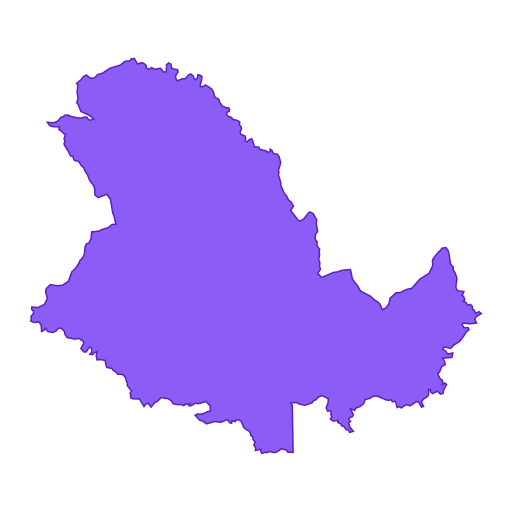 the district of Santiago, Rio Grande do Sul, Brazil
{"feature_id": "56859067B44977778999111", "entity_name": "Santiago", "entity_type": "district", "adm_level": 2, "iso_a3": "BRA", "parent_name": "Brazil", "parent_adm1": "Rio Grande do Sul", "projection": "orthographic", "projection_center": [-54.765, -29.102], "detail": "fine", "context": "isolated", "style": "filled", "palette": "violet", "viewbox_px": 512, "rotation_deg": 0, "n_neighbors": 0, "source": "geoboundaries", "source_scale": "gbopen_adm2", "svg_char_len": 5940}
<svg xmlns="http://www.w3.org/2000/svg" viewBox="0 0 512 512"><path d="M131.4,58.7L129.7,60.9L125.0,61.3L120.3,65.1L109.8,68.3L102.5,73.2L97.7,74.5L94.5,77.9L91.5,78.3L88.8,77.1L86.5,75.0L83.4,76.6L80.9,79.9L76.6,83.4L77.8,85.0L77.1,91.9L78.0,98.7L76.7,102.8L78.2,104.5L80.9,111.5L88.8,115.1L93.8,118.9L90.3,120.2L88.6,119.6L86.8,117.2L84.3,117.0L82.0,118.0L77.4,117.9L70.4,116.3L68.1,115.0L64.5,115.3L63.2,116.7L61.0,117.3L58.2,120.7L55.3,122.3L52.7,122.7L47.3,122.3L49.7,125.5L52.2,126.6L59.3,126.9L58.9,129.5L62.3,131.9L63.6,133.5L65.4,134.4L64.0,139.0L65.3,141.4L64.0,143.4L64.6,145.8L66.1,147.1L66.6,149.0L68.0,150.7L70.6,156.0L72.9,156.3L73.6,159.1L74.7,160.7L76.6,160.7L78.7,161.6L81.8,166.3L83.7,167.5L84.7,170.4L87.7,175.3L89.6,180.3L93.3,185.1L94.5,187.6L95.0,195.1L98.2,197.6L106.8,194.3L110.5,199.5L112.7,212.7L114.4,217.3L115.8,224.4L112.1,224.4L108.4,227.6L101.4,229.7L99.1,231.1L91.7,231.9L91.0,238.7L88.7,243.3L86.4,243.8L85.1,246.8L84.2,254.9L82.2,258.4L80.0,260.5L79.1,262.8L75.8,268.0L71.8,271.9L68.5,281.2L62.4,285.3L57.4,285.8L50.3,284.6L46.1,288.9L45.7,292.4L47.4,298.4L44.4,304.4L37.9,307.6L31.9,306.9L31.6,309.5L33.2,310.5L33.6,313.3L31.0,316.5L31.3,318.9L30.7,321.1L34.0,322.5L39.1,322.0L41.2,325.3L41.6,331.5L44.2,330.1L45.4,328.4L47.9,331.6L52.8,332.5L55.8,331.2L58.5,328.2L61.5,328.4L64.6,331.6L64.7,333.9L67.2,337.6L75.1,339.1L79.4,338.4L81.0,340.0L83.1,340.8L83.7,343.4L80.9,348.5L83.7,351.9L86.2,351.9L89.2,347.5L91.3,347.6L91.9,352.1L89.9,354.4L92.4,354.6L94.9,352.5L97.0,351.6L96.2,355.8L97.0,359.9L100.6,359.6L105.1,360.4L106.1,365.6L107.0,367.5L111.9,368.5L113.4,370.5L115.8,371.9L117.7,374.2L122.6,374.5L124.6,376.4L125.8,378.6L126.4,381.3L127.5,383.2L127.2,385.5L131.5,390.9L130.2,393.2L130.9,397.9L132.6,398.8L139.5,399.0L144.0,406.5L145.9,404.1L148.1,403.3L151.1,407.1L155.0,402.4L157.0,401.6L160.7,398.1L163.0,397.5L165.2,398.6L167.6,398.4L171.2,400.6L173.1,403.7L176.5,404.5L181.5,404.6L183.8,405.7L185.5,403.9L187.5,404.7L189.9,403.5L189.3,405.9L191.3,405.7L195.3,403.2L198.4,403.7L206.0,401.6L210.2,405.9L210.2,411.3L207.7,411.5L204.3,413.3L199.8,414.4L198.0,413.8L195.1,415.2L199.5,420.1L202.4,421.0L206.5,423.8L215.1,421.5L220.7,422.3L227.4,419.6L229.8,422.8L231.6,423.2L232.1,420.5L235.0,421.7L236.1,420.2L238.1,419.7L241.2,421.3L243.6,427.3L246.5,429.8L248.8,430.7L250.5,433.4L250.6,435.4L252.7,436.8L252.9,439.2L255.1,442.2L253.8,444.8L255.8,447.9L255.3,450.5L260.7,449.3L260.8,451.7L261.9,453.5L264.7,452.4L267.4,452.5L270.0,451.4L273.1,452.5L275.6,452.4L279.5,450.4L281.2,448.8L285.9,449.8L288.0,452.2L293.1,452.4L292.3,405.4L290.7,403.0L296.3,402.5L299.8,404.3L305.2,405.2L312.1,402.8L313.8,400.4L316.3,399.7L317.5,397.7L320.7,396.0L323.0,396.0L328.3,398.8L328.1,402.5L326.2,407.8L327.5,411.1L330.9,410.9L330.9,414.4L331.9,416.9L330.3,419.0L333.0,421.1L338.1,420.4L337.8,422.5L340.8,423.8L341.6,425.8L343.9,426.5L346.1,429.6L348.5,430.0L349.6,432.4L353.4,431.3L350.0,427.2L348.5,422.8L350.6,421.6L348.5,419.2L350.0,417.3L352.5,416.7L353.3,414.7L350.4,408.7L354.7,410.4L355.6,408.2L359.8,406.7L363.6,403.7L365.1,399.7L370.1,398.2L373.6,396.0L377.5,396.2L386.4,400.0L388.6,400.4L390.9,399.7L392.4,401.8L395.0,401.2L396.0,403.1L397.1,407.6L398.9,406.7L401.4,407.9L406.0,404.7L410.1,405.8L416.4,401.7L418.5,402.0L421.5,407.1L423.6,406.4L421.4,401.9L423.4,399.1L427.4,396.6L428.6,394.7L428.5,389.7L430.4,389.5L430.5,391.9L432.7,393.6L437.5,391.2L440.3,394.1L443.1,393.3L443.8,389.4L446.6,384.4L444.7,382.9L442.4,384.7L442.6,380.4L440.0,378.5L437.7,373.9L439.6,372.0L441.7,366.4L445.2,364.7L445.0,362.7L442.9,358.2L451.9,357.4L452.8,353.0L447.6,354.0L445.0,350.4L443.2,349.8L443.0,347.8L445.0,347.1L450.7,348.4L453.8,345.1L459.6,341.4L463.7,336.1L466.0,332.3L468.9,329.8L468.2,327.7L463.9,327.6L462.0,324.3L463.5,323.1L469.8,323.8L476.5,323.1L474.8,318.9L476.2,316.7L481.3,313.6L479.0,311.7L475.4,313.4L474.4,310.5L472.5,309.1L472.4,306.5L470.3,304.3L467.8,305.3L466.2,302.7L463.2,301.1L464.9,299.8L463.5,296.3L461.8,295.4L462.9,294.0L463.9,291.5L459.1,291.1L456.9,290.0L455.8,286.9L456.9,279.3L456.7,277.3L454.8,272.2L453.4,270.4L453.1,266.8L450.6,264.2L448.7,252.3L447.7,249.8L445.8,247.5L441.7,248.3L440.8,250.2L438.6,251.9L433.1,258.8L432.4,260.9L432.8,265.4L429.2,273.2L420.0,279.0L411.7,288.4L407.7,289.1L403.8,290.6L400.7,292.5L396.1,292.8L390.1,298.2L388.9,304.0L385.8,308.0L382.4,309.6L379.9,304.0L377.9,302.0L374.8,300.1L369.9,295.9L360.5,291.0L357.7,286.0L352.4,279.0L350.5,269.5L342.1,270.3L336.8,272.1L333.9,272.3L322.7,277.0L320.5,277.0L319.6,274.9L317.6,273.9L320.5,269.1L319.6,266.7L319.8,262.0L318.7,260.2L319.6,254.6L319.2,251.0L319.7,249.1L317.7,246.9L316.9,244.7L317.1,241.8L315.1,238.9L315.4,235.2L316.2,233.0L317.7,231.6L316.2,223.2L316.8,220.2L313.3,213.8L311.3,212.5L309.2,212.0L303.3,219.4L300.6,220.8L298.4,220.5L290.6,210.3L293.5,206.2L291.1,202.0L288.6,200.1L286.3,195.4L284.4,193.7L280.7,185.0L280.7,182.2L278.4,174.8L279.0,172.7L278.5,170.2L280.7,162.7L279.1,156.6L276.9,153.9L274.8,154.2L272.8,152.7L271.9,150.2L270.2,149.2L270.3,151.3L268.1,152.4L265.6,150.5L263.3,150.5L261.7,149.5L259.6,149.5L258.9,147.1L254.3,146.8L252.8,140.9L251.5,138.7L249.0,139.8L247.1,141.9L245.3,141.0L245.7,138.7L245.2,136.1L240.7,134.2L240.1,132.2L241.6,128.4L240.8,126.1L239.3,125.0L239.8,122.0L237.7,120.6L232.5,119.2L231.6,117.4L228.6,116.6L226.4,114.7L227.3,112.0L229.1,111.6L229.6,109.5L228.5,107.7L226.6,107.9L222.2,106.1L219.6,101.9L218.8,99.2L215.2,97.5L214.0,94.7L213.4,91.6L211.5,88.8L205.6,85.0L202.3,86.7L200.4,86.7L200.3,84.7L201.5,80.7L202.0,76.6L200.0,75.1L197.9,74.7L197.4,77.9L195.9,79.7L194.0,78.4L193.1,75.8L190.8,74.0L188.7,74.7L185.3,78.7L182.4,78.7L177.3,80.9L175.6,77.9L175.7,75.6L178.1,72.0L177.5,69.6L174.1,69.1L171.6,68.1L170.8,64.0L168.7,62.9L166.5,64.7L166.3,71.7L163.6,72.1L160.5,68.2L155.1,69.3L151.5,67.6L149.5,69.2L146.3,68.1L146.3,65.5L143.9,63.5L141.6,62.6L137.6,64.0L134.3,58.5L131.4,58.7Z" fill="#8b5cf6" stroke="#5b21b6" stroke-width="1.5"/></svg>